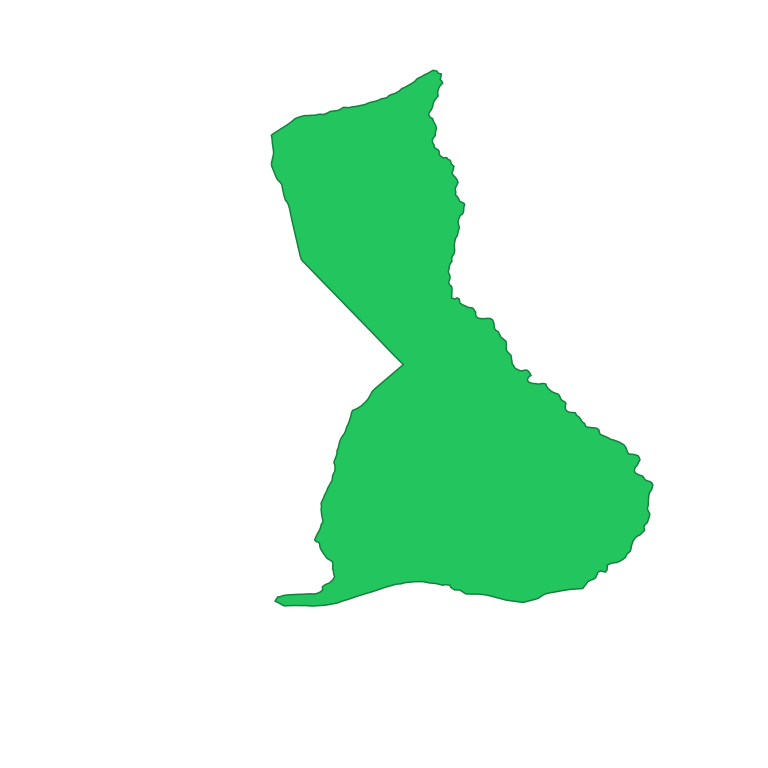 outline of Bataguassu, Mato Grosso do Sul, Brazil, rotated 61°
{"feature_id": "56859067B16136345654597", "entity_name": "Bataguassu", "entity_type": "district", "adm_level": 2, "iso_a3": "BRA", "parent_name": "Brazil", "parent_adm1": "Mato Grosso do Sul", "projection": "equal_earth", "projection_center": [-52.609, -21.865], "detail": "fine", "context": "isolated", "style": "filled", "palette": "green", "viewbox_px": 768, "rotation_deg": 61, "n_neighbors": 0, "source": "geoboundaries", "source_scale": "gbopen_adm2", "svg_char_len": 6014}
<svg xmlns="http://www.w3.org/2000/svg" viewBox="0 0 768 768"><g transform="rotate(61 384 384)"><path d="M659.2,309.4L657.9,306.4L656.9,304.0L655.7,301.6L655.8,297.9L656.3,295.4L656.1,293.0L654.7,291.0L653.3,289.3L652.3,287.6L652.5,285.1L654.3,283.3L655.9,281.3L654.7,279.0L653.0,277.9L650.7,276.5L650.8,272.8L651.9,269.4L653.1,266.7L653.3,263.4L653.2,260.5L652.8,257.0L650.5,253.8L649.7,249.8L647.4,247.4L645.8,246.4L644.3,244.7L642.8,243.1L641.4,241.1L639.9,237.3L640.0,233.0L639.1,229.8L638.3,227.0L635.1,226.1L633.9,224.5L632.8,220.8L630.5,218.3L628.7,216.3L626.5,214.5L624.3,214.4L622.2,214.5L620.2,213.7L617.9,211.4L614.2,209.3L612.3,208.0L610.3,206.8L608.0,204.7L605.8,200.8L603.0,198.0L600.5,197.6L598.2,198.7L596.3,200.8L594.2,202.2L591.9,202.2L589.8,202.6L588.0,204.3L586.3,205.6L583.9,207.2L581.8,207.4L578.8,205.0L578.0,202.2L575.9,199.2L574.3,196.8L571.8,196.5L570.0,196.5L568.1,198.3L566.1,200.4L564.7,202.8L563.2,204.1L560.9,203.9L559.0,203.6L556.6,203.3L553.4,203.7L550.9,205.2L549.1,206.2L547.1,207.9L545.7,209.1L544.1,210.6L542.0,212.8L540.2,213.7L538.5,214.9L536.0,216.9L532.8,219.3L530.4,219.0L528.4,218.3L525.9,219.3L523.7,222.2L522.2,224.5L520.2,227.2L518.5,228.2L515.7,227.7L513.5,228.9L510.6,229.1L507.8,229.3L504.7,230.8L501.9,230.6L498.6,235.6L496.3,237.2L493.9,237.5L491.6,236.4L489.2,234.3L487.0,234.6L484.9,236.2L482.6,236.6L480.6,236.3L477.6,236.4L475.8,237.9L473.5,240.0L470.5,241.6L467.9,242.5L465.0,242.9L462.4,242.5L460.8,244.4L459.8,246.5L459.0,249.0L457.1,251.3L455.4,254.0L452.3,256.6L450.0,256.7L448.1,254.4L447.7,251.2L444.8,251.2L441.8,251.8L440.4,253.3L439.5,256.5L438.3,258.7L436.4,259.8L434.8,261.2L433.1,261.8L430.7,261.8L428.1,262.0L425.8,260.9L423.3,260.1L420.3,259.0L417.2,260.0L413.6,260.6L411.1,259.1L408.8,257.9L405.7,256.6L399.4,259.1L396.5,258.8L393.7,258.7L391.6,260.0L389.2,260.5L386.2,259.3L383.3,258.2L380.4,258.0L378.3,259.3L376.8,261.6L375.9,263.6L374.3,266.8L372.1,269.7L369.6,270.7L367.6,270.1L365.5,269.0L362.7,269.3L360.9,269.4L359.5,270.9L357.5,273.5L355.2,275.0L352.8,276.9L350.0,278.3L346.0,277.0L344.0,278.4L344.1,280.9L341.5,283.1L338.2,281.1L336.5,280.0L334.0,278.5L331.6,277.6L328.9,278.5L326.5,278.3L323.7,275.1L320.7,273.7L318.4,273.7L316.5,273.0L314.7,271.1L312.9,270.0L311.0,268.0L309.7,265.1L307.3,264.2L305.4,262.3L304.1,259.7L301.8,257.6L299.4,256.5L297.7,255.6L295.7,254.6L293.7,252.9L291.6,251.2L289.8,248.1L288.1,246.4L286.1,244.9L284.1,242.4L281.0,241.6L278.5,240.8L275.8,238.6L273.6,235.6L273.2,232.4L271.1,230.3L268.1,228.5L266.2,226.4L264.4,226.6L262.6,228.0L260.4,229.3L258.3,228.9L255.7,229.0L253.2,229.8L251.0,228.2L248.6,227.4L247.0,226.3L245.8,224.6L243.7,221.6L240.8,221.1L238.4,221.3L235.1,222.2L232.2,222.3L230.4,219.7L227.4,217.3L224.1,218.5L222.1,217.8L220.1,217.8L218.7,219.1L216.5,219.4L214.6,222.8L211.9,224.0L209.8,224.4L207.7,223.1L205.5,223.1L203.2,224.6L201.2,225.3L199.2,224.3L196.5,224.5L193.9,223.3L192.6,221.3L191.6,218.7L189.9,217.6L187.9,216.3L186.2,214.4L184.5,213.8L182.3,213.4L179.4,213.5L177.4,213.2L175.4,212.9L172.8,214.4L170.2,214.4L168.6,212.9L167.1,209.7L165.3,207.3L163.4,205.7L161.3,203.7L159.5,200.1L158.3,197.0L155.0,195.8L152.2,193.2L150.3,190.3L149.3,186.8L146.9,186.6L144.8,187.2L143.1,185.4L140.8,183.5L138.5,185.8L135.9,186.1L133.4,189.1L133.5,193.1L133.5,195.7L133.2,198.2L133.3,201.6L133.1,205.5L133.3,207.8L134.2,210.2L134.5,212.8L134.6,216.6L134.6,219.4L134.7,222.3L134.2,224.8L135.1,228.6L135.3,231.8L135.0,234.1L134.3,238.1L134.3,240.4L134.9,242.5L134.3,245.2L133.3,247.8L133.1,251.2L132.5,254.4L131.5,257.9L130.7,261.4L130.3,265.5L129.3,268.4L128.2,272.2L127.0,275.5L126.0,277.9L125.4,280.5L124.2,282.5L122.4,285.2L122.6,289.7L122.1,292.6L120.5,296.4L119.6,298.9L119.5,302.4L119.1,306.1L117.4,308.5L116.3,310.8L115.7,313.4L114.8,315.3L113.5,317.8L112.5,320.2L110.8,323.1L109.8,327.0L109.2,330.0L108.8,332.9L109.7,337.6L110.3,341.9L111.4,359.4L111.8,361.9L114.9,362.9L119.0,364.8L123.2,366.4L127.6,368.1L129.7,369.5L133.2,372.6L136.2,375.3L137.9,376.2L139.6,376.7L141.5,376.9L144.8,377.3L152.2,378.2L154.5,377.9L157.6,377.0L160.1,376.7L163.2,377.8L166.2,378.7L169.9,379.9L175.3,381.1L178.8,380.5L182.3,381.0L185.8,381.9L192.1,383.9L196.3,385.2L199.1,386.0L212.0,389.7L218.8,391.6L223.8,393.1L225.9,393.6L230.5,395.0L234.6,395.9L237.6,395.5L240.2,394.7L249.9,392.1L261.7,388.9L291.8,380.7L315.1,374.4L330.9,370.1L351.7,364.6L364.6,361.1L376.4,357.7L383.6,393.6L384.9,398.2L387.0,401.2L389.4,405.3L390.7,408.8L391.4,411.6L392.2,414.8L392.4,419.5L391.9,424.3L394.0,427.0L395.9,428.4L397.2,429.9L399.8,432.5L402.1,435.3L403.7,437.7L405.2,439.2L407.0,441.1L408.2,443.0L409.4,445.6L410.5,447.5L411.7,449.2L413.0,450.9L415.4,452.9L417.7,455.1L419.5,457.4L422.4,459.1L424.8,461.8L427.0,464.6L428.6,466.0L431.4,466.3L435.1,468.4L436.9,469.9L438.3,472.2L439.6,473.7L441.3,474.8L443.3,476.4L447.9,483.9L450.2,486.5L452.4,489.9L453.8,491.5L457.9,496.9L460.9,498.1L462.8,499.6L465.0,500.6L467.4,501.6L470.6,502.7L473.3,503.5L475.1,504.3L476.4,507.0L478.0,508.3L480.0,510.5L482.5,514.5L484.0,516.7L486.7,520.2L488.8,519.9L490.4,518.1L492.2,517.8L495.2,518.9L497.1,519.4L498.8,519.3L502.7,519.2L506.0,518.7L508.2,518.6L509.9,517.8L511.9,516.6L514.4,515.2L517.3,516.3L519.2,517.6L520.8,518.6L522.8,518.9L524.5,519.6L526.3,520.2L528.5,520.6L530.4,523.6L531.5,528.0L531.0,532.7L531.5,536.3L534.4,537.4L535.0,540.5L534.8,543.4L534.1,546.3L532.6,548.9L531.0,551.7L528.3,557.4L526.6,560.6L524.9,564.0L521.4,571.4L520.1,574.8L519.7,578.0L518.7,580.1L521.1,584.5L524.6,582.1L529.6,579.0L534.0,570.3L540.1,559.5L543.3,554.7L549.1,542.4L552.9,531.1L553.6,526.0L554.8,520.7L556.9,509.0L560.2,493.7L561.0,489.5L562.3,482.2L565.0,470.2L566.9,466.3L567.9,462.1L571.6,453.4L575.5,446.1L580.1,440.6L583.7,435.3L588.5,430.1L589.3,427.3L591.8,424.1L594.5,424.1L598.2,422.2L601.1,417.4L603.1,416.5L607.3,414.2L614.5,401.7L616.3,399.3L619.2,395.5L632.3,381.9L642.5,368.2L645.6,356.2L646.2,353.1L645.7,346.6L646.0,343.5L651.3,327.8L653.8,321.0L659.2,309.4Z" fill="#22c55e" stroke="#15803d" stroke-width="1.5"/></g></svg>